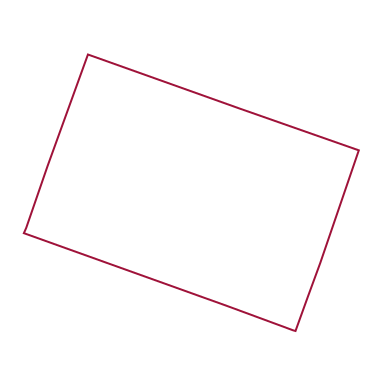 the district of Huntington, Indiana, United States of America, rotated 110°
{"feature_id": "52423323B21091538173967", "entity_name": "Huntington", "entity_type": "district", "adm_level": 2, "iso_a3": "USA", "parent_name": "United States of America", "parent_adm1": "Indiana", "projection": "albers", "projection_center": [-85.437, 40.829], "detail": "fine", "context": "isolated", "style": "outline", "palette": "rose", "viewbox_px": 384, "rotation_deg": 110, "n_neighbors": 0, "source": "geoboundaries", "source_scale": "gbopen_adm2", "svg_char_len": 302}
<svg xmlns="http://www.w3.org/2000/svg" viewBox="0 0 384 384"><g transform="rotate(110 192 192)"><path d="M287.1,119.7L287.4,49.8L287.2,47.2L251.0,47.3L214.9,47.2L95.8,49.5L97.3,176.0L98.4,336.8L216.9,336.6L282.4,335.5L288.2,335.9L287.1,119.7Z" fill="none" stroke="#9f1239" stroke-width="2"/></g></svg>